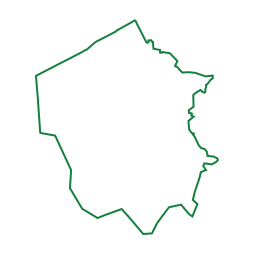 outline of Gebrat Al Sheikh, North Kordufan, Sudan, rotated 266°
{"feature_id": "16777658B91752448930430", "entity_name": "Gebrat Al Sheikh", "entity_type": "district", "adm_level": 2, "iso_a3": "SDN", "parent_name": "Sudan", "parent_adm1": "North Kordufan", "projection": "mercator", "projection_center": [31.456, 15.37], "detail": "fine", "context": "isolated", "style": "outline", "palette": "green", "viewbox_px": 256, "rotation_deg": 266, "n_neighbors": 0, "source": "geoboundaries", "source_scale": "gbopen_adm2", "svg_char_len": 2719}
<svg xmlns="http://www.w3.org/2000/svg" viewBox="0 0 256 256"><g transform="rotate(266 128 128)"><path d="M129.3,40.1L129.2,40.2L129.2,40.4L128.0,44.9L127.1,48.5L125.5,54.8L90.0,68.3L72.0,65.9L50.6,76.7L40.3,91.4L43.0,99.7L47.6,116.0L39.6,122.3L21.2,135.8L21.2,144.5L31.6,150.8L46.1,163.4L47.8,175.6L37.8,182.9L35.3,186.1L47.2,191.9L51.8,187.7L59.8,190.2L68.3,193.8L73.7,196.0L78.9,197.6L80.6,202.9L84.8,200.4L87.4,201.7L85.9,209.0L87.3,212.2L89.0,214.9L89.9,215.4L91.5,214.9L93.6,211.4L93.9,209.2L94.6,205.5L94.8,205.6L97.8,205.0L98.8,205.0L101.6,203.1L103.0,199.4L103.6,199.0L105.7,197.4L114.7,193.9L116.7,192.5L117.5,193.4L118.1,193.1L118.5,191.3L122.2,188.9L127.7,188.8L130.8,188.8L133.5,192.5L134.7,194.3L136.0,192.0L137.8,192.8L138.4,191.9L138.7,189.9L141.5,189.9L144.7,194.9L156.3,195.4L157.4,196.8L158.1,197.6L160.9,202.9L158.5,205.2L158.1,206.4L158.1,207.2L158.7,207.7L159.7,207.7L160.6,207.7L161.9,208.1L163.2,208.6L164.1,208.9L164.7,208.8L165.0,208.7L165.5,208.9L165.6,209.4L166.1,210.1L166.7,210.6L167.4,211.2L169.6,213.2L170.2,213.7L170.5,214.2L170.8,214.7L171.3,215.1L171.5,215.8L171.9,216.1L173.4,216.1L174.4,216.1L174.4,215.3L174.3,214.6L174.2,211.6L174.2,211.4L174.1,209.4L174.1,209.0L174.4,208.2L175.9,204.8L176.1,204.3L176.3,203.6L177.8,200.2L178.4,198.9L178.6,197.2L178.8,196.1L178.9,195.3L179.3,193.5L179.4,191.7L179.4,191.0L179.4,190.5L179.5,189.6L179.6,189.1L179.4,186.8L179.9,185.7L183.4,182.9L184.3,182.3L184.9,181.8L185.9,180.9L186.1,179.6L186.9,179.3L187.3,179.6L187.6,179.8L188.1,180.1L189.9,181.1L191.2,181.9L193.5,180.1L196.0,178.1L197.2,177.0L197.7,176.6L198.2,176.3L198.4,176.1L199.7,174.8L200.4,171.9L200.9,169.8L201.4,167.6L200.8,167.1L200.9,165.7L200.9,165.3L202.1,165.2L203.6,165.4L204.6,161.5L205.1,159.8L205.3,158.9L206.1,158.9L208.1,158.9L210.2,158.9L211.3,158.9L211.8,158.9L212.3,158.8L212.5,157.8L213.9,157.3L213.9,154.4L211.9,154.3L211.9,154.1L211.8,152.5L212.2,152.4L212.9,152.0L213.9,151.6L215.9,150.7L216.4,150.5L226.8,146.1L227.6,145.7L228.2,145.5L229.4,145.0L229.7,144.9L231.2,144.2L233.1,143.5L233.3,143.4L234.5,142.9L234.6,142.5L234.7,142.3L234.8,142.1L234.7,142.0L234.2,140.9L233.9,140.3L232.9,138.3L232.7,137.8L232.0,136.3L231.9,136.1L229.2,130.3L227.8,127.4L225.8,123.1L225.1,122.6L224.1,120.3L222.2,115.9L220.9,113.0L218.9,108.3L217.7,105.5L216.8,103.5L216.8,103.3L216.0,101.6L214.7,99.8L211.0,94.9L209.1,92.4L208.3,89.9L208.2,89.8L207.0,87.5L206.3,85.9L205.6,84.4L204.8,82.4L202.4,76.9L201.4,74.7L199.2,69.5L198.3,67.3L195.8,61.4L194.8,59.2L192.7,54.4L191.6,51.7L189.7,47.3L189.6,47.2L188.7,45.1L187.8,43.0L187.4,41.9L187.0,41.1L186.5,39.9L177.6,39.9L166.0,40.1L159.8,40.1L140.9,40.1L134.8,40.1L129.3,40.1Z" fill="none" stroke="#15803d" stroke-width="2"/></g></svg>